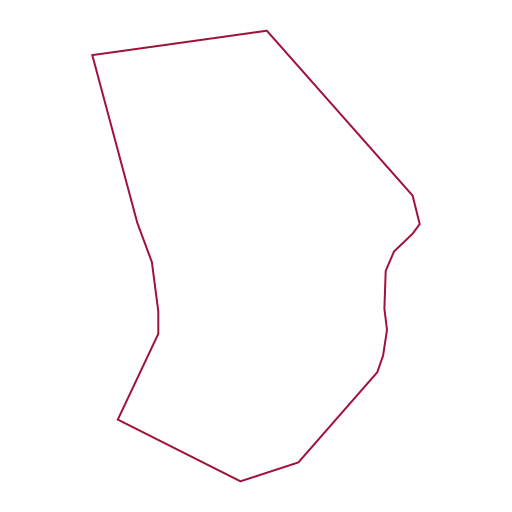 outline of Dobrna
{"feature_id": "SVN-239", "entity_name": "Dobrna", "entity_type": "Municipality", "adm_level": 1, "iso_a3": "SVN", "parent_name": "Slovenia", "parent_adm1": "", "projection": "orthographic", "projection_center": [15.239, 46.355], "detail": "fine", "context": "isolated", "style": "outline", "palette": "rose", "viewbox_px": 512, "rotation_deg": 0, "n_neighbors": 0, "source": "natural_earth", "source_scale": "10m", "svg_char_len": 352}
<svg xmlns="http://www.w3.org/2000/svg" viewBox="0 0 512 512"><path d="M412.6,195.6L419.7,224.1L412.6,233.7L394.0,251.5L385.7,270.9L384.4,308.7L387.0,329.9L383.1,355.5L377.3,372.2L298.4,462.4L240.4,481.3L117.8,419.6L158.3,333.8L158.3,311.4L151.9,262.2L137.2,222.5L92.3,55.1L266.8,30.7L412.6,195.6Z" fill="none" stroke="#9f1239" stroke-width="2"/></svg>